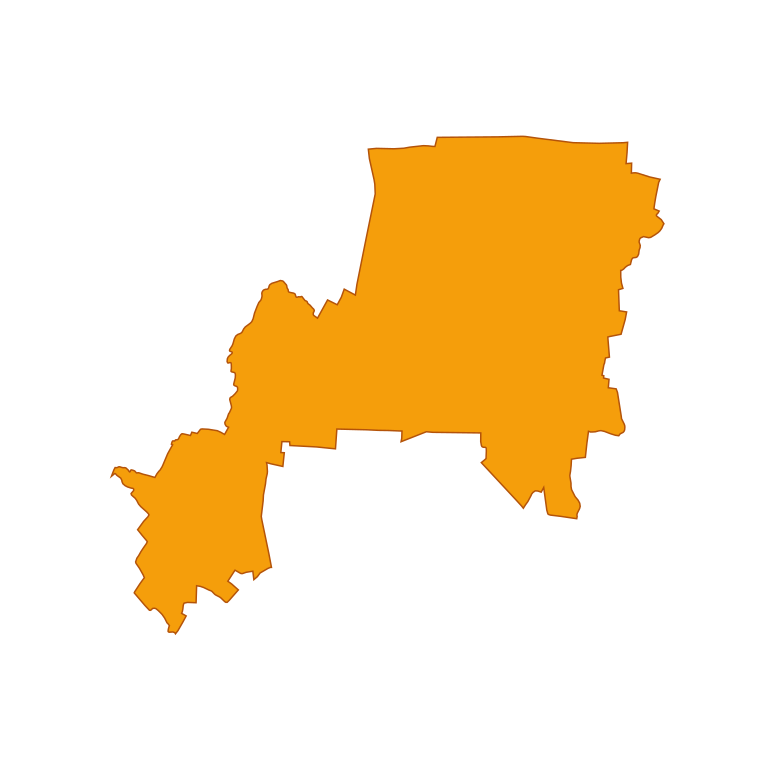 Chau Thanh, Tiền Giang, Vietnam, rotated 193°
{"feature_id": "81297802B2434648618604", "entity_name": "Chau Thanh", "entity_type": "district", "adm_level": 2, "iso_a3": "VNM", "parent_name": "Vietnam", "parent_adm1": "Tiền Giang", "projection": "natural_earth1", "projection_center": [106.308, 10.422], "detail": "fine", "context": "isolated", "style": "filled", "palette": "amber", "viewbox_px": 768, "rotation_deg": 193, "n_neighbors": 0, "source": "geoboundaries", "source_scale": "gbopen_adm2", "svg_char_len": 6160}
<svg xmlns="http://www.w3.org/2000/svg" viewBox="0 0 768 768"><g transform="rotate(193 384 384)"><path d="M628.8,232.8L626.2,236.2L625.5,236.2L623.7,234.9L619.4,233.1L617.8,231.2L617.3,229.9L616.0,228.1L613.4,226.7L610.7,226.0L607.0,225.7L605.0,225.8L604.2,225.2L604.0,223.8L605.8,220.4L605.1,219.1L603.2,218.0L600.9,216.8L598.9,215.1L596.1,211.8L593.4,209.8L586.5,206.0L584.4,204.6L583.6,203.6L584.1,201.7L587.3,196.1L591.3,186.6L585.6,182.1L580.4,178.2L579.2,177.2L579.5,175.3L581.6,170.1L583.1,166.1L584.5,161.4L585.6,158.7L586.0,154.8L585.3,153.5L580.8,149.4L575.7,143.8L573.9,141.3L574.6,139.9L576.8,134.7L580.1,125.7L580.4,124.3L567.2,114.5L561.7,110.8L560.8,110.9L560.3,111.2L558.9,113.3L557.1,113.9L555.7,113.8L553.2,112.6L550.9,111.2L548.3,109.5L545.0,106.5L541.7,102.5L540.4,101.7L538.7,100.2L538.9,99.2L539.0,96.5L538.8,94.7L538.6,94.2L537.6,93.8L533.9,94.9L533.0,94.8L532.2,94.7L531.5,94.3L531.0,93.7L529.3,97.3L526.4,106.9L524.6,113.5L529.6,115.0L529.3,116.9L529.4,119.7L529.8,123.0L529.7,124.7L529.5,125.5L526.3,127.0L517.9,128.6L521.2,145.3L517.2,145.5L515.7,145.3L514.2,145.2L508.0,143.8L506.2,143.6L505.1,143.3L501.6,141.0L500.3,140.5L496.3,139.5L494.9,138.9L490.2,136.1L489.0,135.7L487.7,136.0L486.1,138.5L479.6,150.6L487.3,154.8L491.8,156.7L487.3,169.1L481.1,167.2L480.2,167.2L479.3,167.4L476.0,169.5L469.7,172.1L466.8,164.1L464.1,167.7L462.2,172.0L455.5,178.3L453.5,179.7L452.4,180.0L453.4,182.3L457.8,192.3L472.5,224.2L473.8,227.4L475.5,243.1L476.5,248.7L477.0,260.0L477.6,265.0L477.6,270.4L477.9,272.5L479.7,278.6L480.8,281.0L476.1,280.8L464.0,280.9L465.7,294.6L469.1,294.0L470.5,304.9L463.0,306.5L461.8,302.9L435.6,307.5L416.7,309.9L419.8,329.5L390.6,335.5L379.0,337.6L369.2,339.7L355.9,342.2L354.5,335.1L354.4,331.6L332.0,347.0L325.6,347.9L278.7,358.1L276.8,349.6L275.3,346.1L274.5,345.1L273.7,344.8L273.0,344.7L270.8,345.1L270.4,344.9L270.1,344.6L269.8,344.0L269.2,341.6L267.8,334.3L269.1,332.4L271.5,329.3L229.5,300.9L222.4,296.0L220.3,294.3L219.0,298.0L217.4,301.8L215.6,308.5L215.4,309.9L214.5,311.8L212.6,313.9L210.1,314.3L206.5,314.0L205.1,319.1L197.0,297.7L195.5,295.0L195.0,294.2L194.3,293.9L192.4,293.7L182.1,294.8L165.9,296.1L166.0,298.4L166.6,299.8L166.6,301.6L165.4,306.5L165.3,308.9L166.5,311.9L168.8,314.5L172.5,317.3L177.5,323.3L178.7,326.2L179.5,329.5L182.0,335.5L182.4,336.8L182.6,340.6L183.3,346.5L184.4,352.9L179.1,355.1L171.3,357.8L173.0,372.0L174.1,383.9L171.8,383.7L169.6,384.3L167.3,385.0L164.1,386.7L162.1,387.4L158.5,387.4L152.1,386.5L147.0,386.1L143.6,386.4L142.9,388.1L142.4,388.8L140.2,390.6L139.5,391.8L139.2,393.4L139.6,396.1L140.0,397.4L140.8,398.8L144.8,403.7L145.4,405.5L154.6,428.3L156.7,431.5L164.6,430.8L165.8,439.2L171.4,439.2L171.7,441.5L173.6,441.6L174.1,452.3L173.8,454.0L174.0,456.3L174.0,459.2L170.4,460.9L176.5,480.1L175.1,480.9L164.2,485.8L163.5,500.9L163.8,508.8L171.2,508.3L176.7,528.6L172.7,530.9L175.3,535.7L177.3,541.3L178.9,547.9L178.2,548.1L177.5,548.7L176.3,550.0L175.1,552.1L173.2,554.3L170.8,555.9L170.7,561.0L170.1,562.5L169.4,563.1L166.9,564.0L166.0,564.8L165.6,565.6L165.1,567.8L165.5,572.0L165.2,574.5L165.5,576.7L167.3,579.6L167.5,580.6L167.5,582.4L167.3,583.3L166.9,584.0L164.3,586.0L159.0,586.1L157.1,586.9L153.5,590.4L150.9,593.3L149.6,595.3L148.4,598.2L147.8,601.6L147.3,603.1L150.8,606.5L156.0,608.9L156.4,609.3L156.6,609.9L156.5,610.5L155.5,612.1L154.8,614.4L160.4,615.4L160.9,621.0L161.3,627.6L161.7,642.2L161.0,645.6L171.9,645.5L184.1,646.5L186.3,646.4L188.6,645.8L190.4,645.1L192.4,654.9L197.7,653.2L199.2,663.9L201.0,674.3L205.2,672.9L228.5,666.9L253.9,661.7L289.2,658.1L301.7,657.0L304.7,656.5L328.3,650.5L387.6,636.3L387.8,626.9L390.5,626.4L394.2,626.0L399.2,625.1L412.1,620.6L417.7,618.2L427.3,615.4L444.3,611.9L452.1,609.3L448.9,600.2L439.6,580.8L437.9,576.6L435.3,567.2L434.2,523.7L432.8,475.1L431.9,464.2L444.1,467.5L445.1,459.0L447.4,450.7L457.9,453.2L463.6,433.2L467.9,435.0L468.6,435.9L468.9,437.5L468.5,438.8L468.5,440.1L469.3,441.1L471.0,442.1L473.7,444.1L476.3,445.3L477.5,447.0L478.2,447.3L479.8,447.6L483.6,450.7L484.1,450.7L485.3,450.0L486.9,449.8L487.8,449.2L488.6,448.9L489.4,449.2L490.8,451.6L491.4,451.9L492.4,452.2L496.8,452.1L497.5,452.3L498.0,452.7L498.6,454.3L500.1,455.9L501.0,458.1L501.4,458.6L505.1,461.3L505.9,461.6L508.3,461.5L510.9,459.8L515.9,456.9L517.5,455.2L517.9,454.1L518.1,451.4L518.4,450.7L519.1,450.1L520.8,449.6L522.2,448.7L522.8,448.0L523.4,446.4L523.5,445.0L522.6,442.2L522.6,439.6L522.9,438.0L524.3,435.2L525.1,431.1L526.1,424.0L526.2,418.2L526.8,415.2L527.3,414.2L528.1,413.0L532.0,408.4L533.1,406.1L533.8,403.2L534.2,402.2L535.1,401.1L537.6,399.4L538.2,398.7L539.2,397.4L540.0,394.2L540.2,389.6L540.4,388.1L540.7,386.8L542.0,383.3L542.1,382.6L542.0,381.7L541.7,381.4L541.3,381.2L539.5,381.1L539.0,380.6L538.9,380.2L539.1,379.4L539.6,378.6L540.9,377.0L541.9,375.2L542.3,373.5L542.2,372.4L541.9,370.5L541.0,369.4L540.5,369.4L539.2,370.1L538.4,370.3L537.9,370.2L537.6,369.8L537.3,369.1L536.6,366.5L536.2,364.7L536.0,362.1L535.4,361.6L532.3,361.5L531.9,361.3L531.3,360.7L530.8,359.3L530.3,356.4L530.4,351.5L530.4,349.9L530.1,349.3L529.8,349.0L528.8,348.7L526.9,348.5L526.0,347.8L525.7,347.1L525.3,345.3L525.3,344.3L526.9,341.0L528.6,338.3L529.0,337.8L530.4,336.5L530.9,335.6L530.8,334.1L527.8,328.4L527.3,326.9L527.2,326.0L527.9,322.5L528.4,320.6L528.7,320.1L529.2,315.2L530.3,311.5L530.4,310.5L530.0,309.5L529.6,308.8L528.4,307.6L527.9,307.3L525.7,306.9L528.0,299.0L532.4,300.3L535.9,301.0L544.8,300.4L550.6,299.4L551.4,299.2L552.6,298.6L554.8,293.8L560.4,293.8L561.0,290.3L567.8,290.3L569.6,290.1L570.1,289.6L570.6,288.9L571.4,286.8L571.7,285.1L572.2,283.7L572.7,283.3L574.6,282.6L575.1,281.5L575.5,281.3L576.9,281.1L577.3,280.6L577.5,279.7L577.6,277.5L576.3,277.2L579.1,267.4L581.2,255.3L581.6,253.4L582.9,249.6L583.7,248.4L585.1,245.3L586.2,241.4L593.0,241.8L598.5,241.9L602.4,242.3L603.2,242.3L605.2,241.7L607.4,243.2L609.2,243.5L610.8,243.5L611.2,243.3L611.5,242.8L611.6,241.7L611.9,241.2L612.1,241.1L612.8,241.5L614.0,242.7L616.7,244.2L618.2,244.1L619.0,243.8L620.5,243.7L622.9,243.9L624.1,243.5L624.8,242.8L625.7,242.3L627.2,242.1L627.9,239.4L628.8,232.8Z" fill="#f59e0b" stroke="#b45309" stroke-width="1.5"/></g></svg>